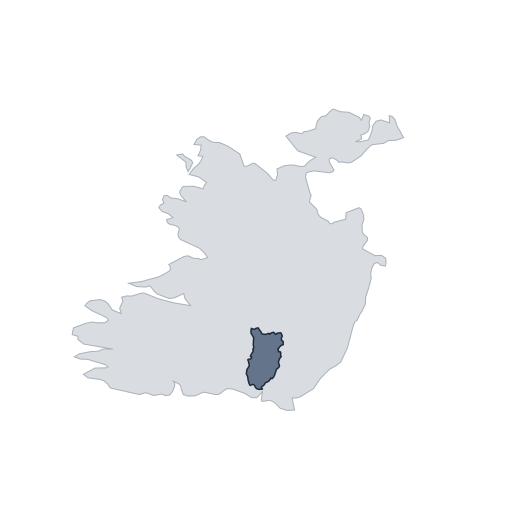 Ireland, with Kilkenny highlighted, rotated 29°
{"feature_id": "IRL-722", "entity_name": "Kilkenny", "entity_type": "County", "adm_level": 1, "iso_a3": "IRL", "parent_name": "Ireland", "parent_adm1": "", "projection": "mercator", "projection_center": [-7.22, 52.568], "detail": "fine", "context": "in_parent", "style": "filled", "palette": "slate", "viewbox_px": 512, "rotation_deg": 29, "n_neighbors": 0, "source": "natural_earth", "source_scale": "10m", "svg_char_len": 6455}
<svg xmlns="http://www.w3.org/2000/svg" viewBox="0 0 512 512"><g transform="rotate(29 256 256)"><path d="M313.0,95.6L303.9,102.1L302.4,104.5L299.9,114.3L299.6,117.1L293.9,128.0L290.7,130.3L285.8,132.0L283.1,133.8L279.7,132.9L275.3,133.0L273.2,135.0L273.3,136.5L274.6,138.2L282.6,143.2L282.1,145.3L279.9,147.6L265.5,153.4L261.2,157.0L259.7,159.3L261.2,163.2L272.7,174.8L274.7,176.0L276.4,182.8L286.5,185.6L290.6,189.8L294.2,190.8L302.0,190.5L305.1,192.0L306.9,190.8L307.9,188.6L316.6,180.4L313.9,174.3L322.7,163.8L325.1,163.9L329.2,167.1L332.6,171.6L333.7,177.5L336.9,182.9L339.0,184.7L344.5,185.8L345.9,187.9L344.9,195.6L345.7,198.2L359.9,198.0L365.6,194.6L370.5,195.2L373.0,198.7L374.0,202.2L369.8,203.6L365.4,202.8L363.2,205.2L363.1,209.7L364.6,215.4L367.5,219.5L369.9,228.7L371.9,238.9L374.9,245.0L375.5,252.7L375.1,256.4L375.6,263.1L374.3,265.5L375.3,271.7L380.5,291.9L381.5,307.6L379.0,313.5L375.5,319.0L373.3,325.6L371.6,332.7L370.6,344.1L363.2,357.4L360.1,360.7L356.4,362.7L364.4,372.0L357.9,376.1L350.8,377.4L343.0,375.1L338.1,375.4L331.9,380.2L330.4,379.3L327.5,371.7L325.3,379.6L320.8,382.1L313.1,381.6L300.2,383.6L295.2,385.9L293.1,389.4L291.6,393.4L289.6,395.8L287.3,397.0L277.3,400.0L275.4,401.2L270.7,407.7L264.7,411.4L259.7,412.5L255.2,408.7L253.4,406.5L251.3,405.3L244.5,405.5L246.6,406.7L248.0,409.3L248.7,414.4L247.9,419.4L244.6,421.9L240.5,422.4L234.2,427.6L225.8,429.0L221.2,433.7L193.4,441.8L191.9,441.8L188.0,439.8L183.9,438.9L179.7,439.5L168.1,444.0L162.4,443.1L169.6,432.0L179.3,426.4L180.3,424.8L177.1,424.1L158.8,428.0L152.4,431.3L146.0,432.3L149.0,427.2L157.2,420.2L164.3,415.6L167.4,411.5L176.0,406.8L148.1,416.5L140.8,415.3L139.1,412.6L133.3,413.9L131.2,407.4L139.6,397.5L144.6,393.3L150.4,391.0L156.1,387.7L158.2,383.6L155.5,382.3L138.6,383.4L130.5,382.5L131.0,379.3L132.4,375.7L140.8,369.7L145.4,368.7L149.4,369.3L156.6,372.9L166.1,371.7L162.1,367.8L161.4,359.9L158.4,357.2L162.3,353.6L166.7,351.3L174.1,343.7L176.8,342.6L191.4,340.7L207.3,336.7L222.9,331.1L214.9,328.0L211.0,323.9L204.9,332.2L200.4,335.4L187.8,337.1L183.8,336.1L178.2,333.6L176.5,334.5L174.8,336.5L166.5,340.6L157.8,341.6L167.9,334.1L180.9,321.5L183.7,317.5L187.8,310.5L186.6,307.4L183.9,305.7L193.3,291.3L196.6,288.7L202.6,288.3L207.0,286.0L208.9,286.0L210.6,285.1L214.5,280.8L208.6,278.0L202.4,276.6L183.4,278.1L180.9,277.8L178.5,276.5L177.0,274.5L175.9,269.6L174.5,268.5L170.2,268.5L166.0,270.0L163.0,269.9L160.1,267.7L164.7,262.7L158.8,261.5L152.7,262.5L147.7,261.0L147.6,257.8L149.8,254.7L146.8,251.7L146.2,247.9L149.4,246.0L152.9,246.6L160.0,243.8L169.0,242.4L161.3,239.7L158.2,237.3L158.0,233.6L158.6,230.5L167.6,225.2L177.2,222.9L176.5,219.4L177.2,215.7L167.5,214.6L157.9,217.2L158.9,210.0L161.2,203.5L161.7,199.2L161.2,194.6L156.7,196.5L156.2,190.0L154.3,185.6L147.6,188.6L147.8,182.7L149.7,178.6L153.2,176.8L156.6,177.6L163.1,177.5L169.2,174.4L178.1,173.6L192.3,174.6L202.1,183.3L204.6,181.8L208.5,176.2L210.3,175.6L225.1,178.0L234.2,181.2L236.6,180.2L235.3,174.1L232.2,169.8L236.1,164.2L240.9,160.4L244.1,158.5L251.5,156.2L254.8,154.0L256.9,146.7L260.3,140.7L241.7,143.8L224.1,136.7L226.9,131.6L230.6,128.8L237.0,126.6L237.7,123.9L240.9,121.7L246.3,115.9L244.3,108.3L245.4,102.8L249.3,99.2L250.5,94.0L252.2,90.1L260.1,88.8L267.7,85.2L279.3,84.7L282.4,86.2L281.7,79.9L287.2,79.0L289.3,80.3L290.3,84.8L292.7,87.6L293.5,92.6L291.8,96.4L289.1,99.3L291.6,102.3L287.6,107.8L291.9,105.4L298.0,100.1L297.7,95.8L296.7,90.3L295.0,85.4L295.7,79.9L299.2,76.5L308.2,74.8L304.5,68.6L307.8,68.0L311.3,69.3L316.6,74.1L327.7,80.9L322.3,86.9L315.6,91.1L313.0,95.6ZM155.9,212.4L155.7,215.2L151.4,211.7L149.4,207.9L137.7,206.1L142.5,202.3L144.9,203.4L153.2,203.6L155.5,205.2L155.9,212.4Z" fill="#d9dde1" stroke="#a8b0b8" stroke-width="1"/><path d="M325.9,369.1L326.0,370.1L325.8,369.8L324.9,370.1L323.6,371.0L323.0,371.3L322.4,371.5L321.3,371.6L321.0,371.7L320.4,371.6L319.7,371.4L318.1,370.3L316.7,369.7L316.0,369.7L315.6,369.9L315.2,370.1L315.0,370.3L314.1,371.5L313.9,371.8L313.6,372.0L313.1,371.8L312.2,371.2L310.6,369.8L308.7,367.6L307.5,365.9L306.8,365.2L304.6,363.7L303.4,360.5L303.1,359.3L303.2,358.5L303.3,357.5L303.3,355.7L303.2,355.1L303.0,354.6L301.3,352.9L301.0,352.3L300.6,351.9L299.5,351.1L299.2,350.8L299.2,350.5L299.3,350.2L299.9,349.6L300.7,349.1L301.2,348.7L301.3,348.5L301.4,348.2L301.4,347.7L301.4,347.0L301.3,346.7L301.1,346.5L300.2,346.6L299.8,346.5L299.7,346.2L299.6,345.8L299.5,344.2L299.7,341.9L299.8,341.0L299.7,340.5L299.5,340.1L298.9,339.7L298.6,339.4L298.5,339.0L298.5,337.6L298.4,337.2L298.2,336.8L296.6,334.9L293.9,329.3L293.5,328.7L293.3,328.4L293.1,328.2L291.9,327.6L290.9,326.9L290.6,326.7L289.3,326.2L288.0,324.1L287.7,323.5L287.1,321.6L289.9,321.1L290.3,320.8L290.5,320.5L290.7,320.0L291.0,319.4L292.1,318.3L292.7,317.9L293.2,317.9L293.4,318.1L293.7,318.4L294.1,318.7L295.0,319.0L296.2,319.5L297.0,319.8L298.0,320.6L298.3,320.8L299.0,321.1L299.5,321.1L302.4,319.9L303.0,319.5L303.4,319.1L303.5,318.7L303.7,318.3L304.1,318.0L304.7,317.5L305.1,317.4L305.4,317.6L305.8,317.8L306.0,317.7L306.1,317.4L306.4,316.5L306.7,315.9L307.0,315.5L307.3,315.1L308.0,314.5L308.5,314.3L308.9,314.2L309.2,314.3L310.2,314.8L310.9,314.9L311.3,314.9L311.5,314.7L311.7,314.4L311.9,313.6L311.9,313.3L314.5,311.4L315.0,311.3L315.4,311.3L315.7,311.5L317.6,313.1L317.8,313.4L317.9,313.7L317.9,314.0L317.9,314.8L317.9,315.2L318.0,315.5L318.4,316.1L318.6,316.6L318.9,316.9L319.2,317.2L320.9,317.5L321.2,317.7L321.4,318.0L321.6,318.2L321.9,318.8L322.0,319.1L322.3,319.7L322.8,320.4L321.6,321.6L321.1,322.8L320.7,324.1L320.6,324.8L320.6,326.0L320.4,326.4L320.2,326.8L320.3,327.0L321.0,327.2L321.2,327.5L321.5,327.8L321.7,328.4L322.0,328.7L322.3,328.8L322.6,328.7L323.3,328.1L323.6,328.1L324.0,328.1L324.3,328.3L324.5,328.6L324.8,329.1L325.6,330.6L326.0,331.2L326.5,331.6L326.8,331.8L326.8,332.0L326.6,332.6L326.5,333.0L326.5,333.7L326.5,334.6L326.7,336.3L326.9,337.1L327.1,337.7L327.4,338.3L327.8,338.7L329.3,340.2L329.8,340.7L329.9,341.2L330.0,341.6L329.8,342.8L329.7,343.1L329.6,343.5L329.1,344.2L329.0,345.8L330.0,351.4L330.1,353.0L329.9,354.5L329.7,355.2L329.4,355.6L328.8,355.4L328.5,355.4L328.1,355.6L328.0,355.9L328.2,356.9L328.1,358.0L328.0,358.6L327.8,359.2L327.3,360.2L327.1,360.5L325.9,361.9L325.7,362.4L325.6,362.8L325.7,363.3L325.7,363.8L325.6,364.7L325.5,365.1L325.4,365.5L324.7,367.0L324.5,367.5L324.4,368.0L324.5,368.3L324.7,368.6L324.9,368.7L325.3,368.9L325.7,369.1L325.9,369.1Z" fill="#64748b" stroke="#1e293b" stroke-width="1.5"/></g></svg>